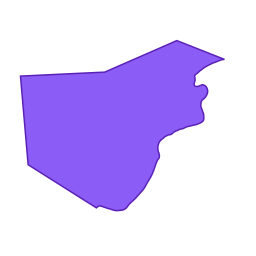 the district of Mahaut, Praslin, Saint Lucia, rotated 263°
{"feature_id": "8701671B93430889647256", "entity_name": "Mahaut", "entity_type": "district", "adm_level": 2, "iso_a3": "LCA", "parent_name": "Saint Lucia", "parent_adm1": "Praslin", "projection": "albers", "projection_center": [-60.958, 13.843], "detail": "fine", "context": "isolated", "style": "filled", "palette": "violet", "viewbox_px": 256, "rotation_deg": 263, "n_neighbors": 0, "source": "geoboundaries", "source_scale": "gbopen_adm2", "svg_char_len": 3391}
<svg xmlns="http://www.w3.org/2000/svg" viewBox="0 0 256 256"><g transform="rotate(263 128 128)"><path d="M184.4,231.5L184.6,231.6L208.8,187.1L208.7,186.7L186.3,111.7L189.2,73.4L192.6,27.6L103.7,24.4L52.6,86.9L52.8,87.1L52.9,87.3L53.0,87.5L53.4,88.1L53.5,88.2L53.6,88.4L53.7,88.6L53.8,88.7L54.0,89.1L54.1,89.5L54.1,89.9L54.1,90.2L54.1,90.5L54.1,90.8L54.0,91.1L53.9,91.2L53.8,91.6L53.7,91.8L53.6,92.1L53.5,92.4L53.3,92.6L53.2,92.9L53.1,93.1L53.0,93.4L52.8,93.7L52.7,93.9L52.7,94.0L52.5,94.4L52.4,94.5L52.1,95.1L52.1,95.3L51.9,95.5L51.7,96.1L51.6,96.3L51.4,96.6L51.3,96.8L51.2,97.0L51.1,97.3L50.9,97.5L50.8,97.8L50.7,98.0L50.6,98.3L50.5,98.6L50.4,98.7L50.4,98.9L50.3,99.1L50.2,99.3L50.1,99.6L50.0,100.0L49.9,100.1L49.8,100.3L49.7,100.5L49.6,100.9L49.4,101.2L49.2,101.5L49.0,101.9L48.9,102.2L48.8,102.4L48.6,102.8L48.5,103.0L48.4,103.4L48.2,103.7L48.1,104.0L48.0,104.3L47.9,104.5L47.8,104.9L47.7,105.1L47.6,105.4L47.6,105.7L47.5,105.9L47.5,106.0L47.4,106.5L47.3,106.8L47.3,107.2L47.3,107.6L47.3,108.1L47.3,108.4L47.2,108.8L47.2,109.1L47.2,109.4L47.2,109.6L47.2,109.8L47.2,110.2L47.2,110.3L47.2,110.7L47.2,110.9L47.2,111.1L47.2,111.3L47.2,111.5L47.2,112.0L47.2,112.3L47.2,112.7L47.2,112.9L47.3,113.1L47.4,113.5L47.5,113.6L47.5,113.8L47.6,114.1L47.7,114.3L47.8,114.6L47.9,115.0L48.0,115.3L48.2,115.5L48.3,115.9L48.4,116.1L48.6,116.3L48.8,116.5L49.1,116.9L49.3,117.1L49.5,117.3L49.9,117.6L50.1,117.9L50.3,118.0L50.5,118.3L50.9,118.6L51.3,118.9L51.5,119.2L51.7,119.3L52.0,119.6L52.3,120.0L52.6,120.4L52.8,120.6L53.0,120.9L53.1,121.1L53.2,121.3L53.5,121.6L53.8,122.0L54.0,122.3L54.3,122.7L54.5,123.0L54.8,123.4L54.9,123.6L55.0,123.7L55.1,123.9L55.2,124.0L55.3,124.2L55.6,124.5L55.9,125.0L56.0,125.1L56.2,125.3L56.3,125.5L56.7,126.0L56.8,126.2L57.1,126.5L57.3,126.8L57.6,127.1L57.8,127.4L58.0,127.7L58.2,127.9L58.3,128.0L58.6,128.4L58.9,128.7L59.1,128.9L59.4,129.2L59.7,129.6L59.9,129.8L60.2,130.2L60.5,130.5L60.9,130.9L61.3,131.3L61.6,131.7L61.8,132.0L62.0,132.3L62.2,132.5L62.4,132.7L62.8,133.1L63.0,133.4L63.3,133.7L63.6,134.0L63.8,134.3L64.0,134.5L64.3,134.8L64.6,135.2L64.8,135.3L65.0,135.5L65.2,135.8L65.5,136.0L65.9,136.4L66.2,136.6L66.4,136.8L66.7,137.1L66.8,137.2L71.1,140.3L74.8,143.2L76.7,144.7L80.0,146.8L82.8,148.3L89.3,151.5L91.9,153.0L93.1,153.8L94.2,155.1L94.9,155.4L97.1,155.9L98.7,155.6L99.8,155.6L100.6,155.2L102.1,155.1L105.3,155.2L106.5,155.6L108.4,156.3L109.7,157.0L111.2,158.2L112.6,160.1L114.0,162.4L114.9,163.5L115.5,165.2L116.2,167.3L116.3,169.9L117.3,171.6L117.9,172.3L119.0,174.6L119.5,176.8L120.4,179.1L120.7,182.6L121.5,184.8L122.1,186.8L122.2,188.3L122.6,191.6L123.0,195.3L123.2,197.1L123.7,198.6L124.0,200.0L124.2,200.4L124.8,201.8L125.3,202.7L125.7,203.1L126.1,203.6L126.8,204.0L128.0,204.4L128.7,204.5L130.2,204.6L131.8,204.7L132.9,204.7L135.0,204.2L138.8,203.3L139.7,203.1L141.1,203.0L142.4,203.2L144.0,203.5L145.6,204.2L146.7,205.0L148.0,207.3L149.6,209.0L151.5,210.4L153.2,211.2L155.0,211.6L157.0,211.5L159.3,210.8L160.2,210.0L161.0,209.2L161.8,207.6L161.9,207.0L161.2,204.4L160.8,202.9L160.8,201.0L161.4,199.5L162.5,198.9L163.1,198.9L164.1,199.1L166.7,200.2L167.2,200.4L168.8,200.6L170.6,200.5L171.8,200.4L172.7,201.4L173.5,202.7L174.4,204.2L176.0,206.4L176.4,207.2L178.5,210.7L179.9,213.9L181.3,217.8L182.1,220.1L182.5,222.1L183.3,224.9L183.9,227.5L184.1,228.2L184.3,229.2L184.3,231.4L184.4,231.5Z" fill="#8b5cf6" stroke="#5b21b6" stroke-width="1.5"/></g></svg>